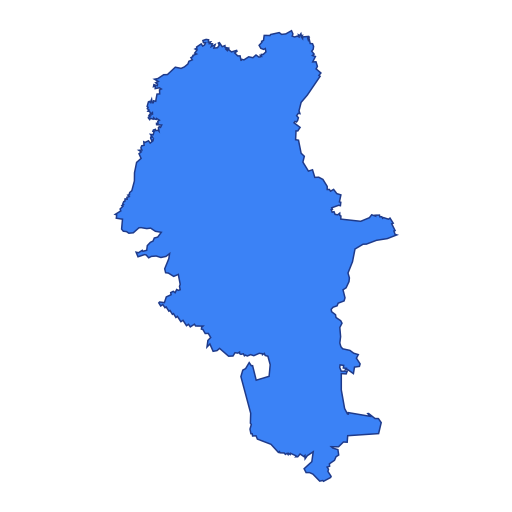 Martínez de la Torre, Veracruz, Mexico
{"feature_id": "50627088B13774862826934", "entity_name": "Martínez de la Torre", "entity_type": "district", "adm_level": 2, "iso_a3": "MEX", "parent_name": "Mexico", "parent_adm1": "Veracruz", "projection": "mercator", "projection_center": [-97.059, 20.12], "detail": "fine", "context": "isolated", "style": "filled", "palette": "blue", "viewbox_px": 512, "rotation_deg": 0, "n_neighbors": 0, "source": "geoboundaries", "source_scale": "gbopen_adm2", "svg_char_len": 6003}
<svg xmlns="http://www.w3.org/2000/svg" viewBox="0 0 512 512"><path d="M136.1,252.2L138.0,256.8L144.5,254.6L146.1,254.9L148.7,257.8L151.3,256.4L156.2,256.0L160.9,257.5L166.0,256.4L169.6,253.6L168.8,258.7L164.7,268.8L165.6,272.7L168.4,273.1L173.7,276.4L178.3,274.4L180.2,284.3L179.5,286.3L180.2,289.7L178.3,290.4L176.7,289.5L175.1,292.7L173.3,291.3L170.7,292.6L171.1,294.7L166.3,296.9L164.4,302.6L159.6,302.0L158.8,302.9L160.7,306.0L162.8,304.5L165.0,307.7L166.1,306.9L168.9,311.2L170.0,310.5L172.4,314.3L173.5,313.6L175.9,317.5L177.4,316.4L180.9,321.7L183.0,320.3L186.5,325.7L188.5,324.3L190.3,326.9L194.4,324.2L195.6,326.0L203.0,326.1L201.6,327.3L201.4,329.1L202.9,329.5L205.2,333.5L208.3,333.4L210.7,337.5L207.9,340.4L207.0,347.0L209.9,344.0L213.1,351.3L217.0,350.6L219.6,348.4L228.6,356.2L233.0,356.0L235.0,352.7L237.7,353.1L239.5,352.1L239.6,353.6L240.9,354.3L243.4,353.8L244.4,355.8L245.5,355.1L247.3,356.0L250.6,354.6L253.8,355.7L259.2,353.3L262.3,353.7L262.5,354.7L264.3,353.4L265.2,355.5L267.9,356.2L270.2,364.7L269.1,376.3L256.2,380.2L252.6,365.7L251.3,365.7L249.2,362.6L245.6,368.6L242.8,370.1L240.9,376.6L250.7,413.3L250.4,423.2L251.3,424.5L250.0,429.1L250.9,433.7L252.2,433.8L252.6,436.0L256.0,435.8L257.4,439.1L271.0,444.3L278.4,452.4L279.5,451.6L279.9,452.8L284.2,453.0L285.4,454.4L287.1,453.3L288.1,454.6L288.5,453.4L290.2,454.5L290.5,453.3L295.4,455.5L296.4,456.2L295.8,456.8L297.7,456.8L300.1,454.0L303.9,456.6L304.9,455.5L305.1,458.8L307.3,455.7L313.2,451.8L311.8,461.7L304.1,468.7L306.1,472.6L309.6,472.6L312.9,474.1L319.7,481.1L322.8,480.5L323.5,481.3L330.6,477.5L331.1,476.4L327.9,471.4L328.5,469.3L327.1,467.1L329.6,466.3L329.4,463.8L334.5,460.3L336.0,456.8L338.7,455.0L337.9,449.6L332.8,448.1L331.3,446.7L338.5,446.8L343.4,442.0L347.2,442.2L347.7,435.7L378.6,433.6L381.2,422.6L378.4,418.6L375.0,418.5L368.6,413.5L367.8,413.6L370.0,416.3L348.3,412.6L348.3,414.1L347.5,414.0L344.6,408.5L341.3,389.9L341.3,373.6L346.2,373.9L347.2,371.2L341.2,371.2L339.7,367.4L340.1,364.9L343.7,365.4L343.3,368.0L346.2,368.3L345.5,369.5L347.3,369.3L353.4,373.6L354.5,367.1L359.4,366.4L360.1,363.9L356.4,358.2L358.3,354.6L353.7,353.2L349.9,350.4L342.7,348.8L340.9,346.7L339.8,343.0L340.6,336.7L339.8,327.5L342.0,323.2L340.7,320.7L336.0,317.5L335.5,314.7L331.6,311.7L331.2,309.3L333.1,307.2L337.1,305.8L338.1,303.2L344.1,300.9L345.0,297.8L343.0,289.8L346.1,287.8L349.0,281.6L349.4,277.9L348.0,273.0L352.5,261.7L355.0,249.0L363.1,244.2L366.4,244.1L376.5,240.3L387.3,238.6L396.8,234.9L395.0,234.3L393.9,231.0L395.1,230.6L391.7,223.8L393.2,223.2L390.0,218.1L388.5,219.2L383.5,217.6L382.6,218.3L381.8,216.7L379.8,216.8L379.5,215.1L375.2,215.2L375.5,216.1L371.7,214.8L369.4,217.7L360.7,221.3L340.8,219.1L340.9,216.0L339.8,215.5L339.7,213.2L337.7,214.8L335.1,214.4L334.0,211.7L332.2,212.2L331.2,209.6L332.4,209.3L331.7,207.8L338.6,205.3L340.4,205.7L340.8,202.3L339.4,201.9L340.9,194.9L336.8,193.6L333.6,189.4L330.5,191.2L329.4,189.5L327.2,189.5L327.2,186.4L322.9,179.4L318.7,177.2L314.8,177.4L312.5,169.8L308.4,171.1L302.9,162.1L304.3,156.3L301.1,153.2L298.5,140.2L295.6,139.7L296.0,130.9L297.8,130.9L300.1,127.4L294.0,122.8L295.0,121.4L296.5,122.0L297.6,120.5L298.4,117.7L296.6,115.7L298.3,113.3L299.9,113.6L299.0,110.8L301.1,102.4L307.3,95.1L320.1,76.3L318.9,75.4L320.9,73.0L316.1,68.9L317.4,66.4L316.0,61.8L312.7,61.9L315.4,56.5L312.5,55.5L314.1,54.1L311.7,51.2L313.2,49.2L313.6,46.4L312.5,43.7L310.2,43.5L309.0,38.3L308.3,40.0L307.7,38.1L309.2,37.1L308.7,36.4L302.7,36.9L302.6,38.6L301.2,36.7L302.3,35.4L301.2,35.4L300.9,33.7L299.6,35.6L298.5,34.9L299.0,36.9L297.3,36.1L294.6,37.0L292.2,36.1L292.9,33.9L291.5,30.7L285.8,33.9L281.6,34.4L279.2,32.6L270.6,34.5L270.0,35.5L264.2,35.4L263.5,40.4L261.6,41.3L261.9,42.3L259.1,45.3L260.8,48.3L263.6,49.4L265.3,48.5L265.9,51.9L263.2,54.4L261.4,54.4L261.6,56.2L260.3,55.5L260.5,56.8L258.9,57.1L256.0,55.0L252.9,57.7L248.7,56.8L243.9,59.9L241.4,59.2L241.1,60.9L240.1,55.9L237.7,55.9L234.7,52.9L237.0,51.3L236.6,50.4L231.5,51.9L229.0,50.0L228.7,48.1L227.4,49.2L228.2,49.4L227.4,50.7L225.8,49.1L226.8,47.7L225.1,47.5L224.9,45.6L222.2,46.7L219.4,42.6L218.3,43.1L219.3,45.1L217.5,47.7L213.9,48.1L215.1,44.6L211.3,46.6L212.4,43.8L209.3,43.6L210.6,41.9L208.3,42.2L208.6,39.8L206.1,39.4L202.9,40.5L203.4,42.7L205.6,42.7L204.5,45.0L202.7,46.1L201.2,43.9L196.6,47.0L196.9,48.2L195.2,49.0L197.1,49.9L194.7,53.1L196.5,54.0L192.9,55.4L192.8,56.6L190.9,57.6L192.3,59.8L188.9,61.3L187.9,64.0L184.4,66.9L181.1,68.4L175.3,67.2L167.4,74.6L163.7,74.7L157.8,78.6L154.5,79.2L158.3,81.5L155.7,82.7L157.6,84.1L157.3,85.7L153.9,84.6L153.5,86.6L155.3,85.9L155.2,88.6L159.3,87.8L161.3,89.0L159.5,89.9L159.7,93.9L157.0,94.1L155.7,101.3L153.6,100.8L153.3,102.7L152.1,102.8L151.6,99.3L150.3,102.5L149.3,101.4L148.4,101.9L147.1,106.5L148.1,107.3L147.3,108.7L148.9,109.9L147.9,111.2L149.5,111.4L150.9,113.8L152.4,112.6L152.5,114.1L149.8,114.2L148.9,115.7L150.4,115.9L148.3,117.8L149.7,119.6L150.5,118.3L153.2,119.2L153.7,117.8L154.7,119.1L156.3,119.4L156.6,118.5L159.4,120.2L157.8,121.3L158.0,123.2L156.5,123.3L156.6,124.7L161.7,125.0L160.5,127.4L159.3,126.7L158.4,127.7L159.0,131.2L158.2,130.3L155.4,130.6L155.3,129.4L153.4,130.0L152.9,131.3L154.1,131.5L153.2,134.7L150.5,134.4L152.5,137.3L151.0,136.8L150.6,138.0L151.7,140.7L153.2,139.6L153.0,140.8L150.2,143.1L148.5,140.8L145.0,142.4L143.8,141.8L144.1,145.3L141.7,145.8L140.9,147.9L141.9,150.0L138.9,150.3L141.2,151.9L139.0,153.7L141.1,158.4L136.6,162.4L134.5,172.8L134.4,181.0L131.8,190.7L129.7,192.5L129.2,194.3L130.1,194.5L127.9,195.1L129.2,196.6L126.9,197.3L127.1,199.2L125.1,198.9L124.8,201.4L123.7,201.6L122.7,204.1L123.5,204.7L121.9,205.6L122.8,206.4L120.1,209.0L120.8,210.9L115.2,214.4L116.7,214.9L116.3,218.2L122.5,219.2L121.6,229.1L123.3,231.2L126.5,231.6L128.8,233.2L133.3,232.8L138.9,227.8L141.1,227.6L146.8,228.6L150.6,228.1L155.4,231.3L161.3,232.3L157.7,237.1L154.3,238.0L153.0,241.1L150.4,242.3L147.3,245.6L146.7,250.3L142.9,251.3L142.3,250.3L138.5,252.7L136.1,252.2Z" fill="#3b82f6" stroke="#1e3a8a" stroke-width="1.5"/></svg>